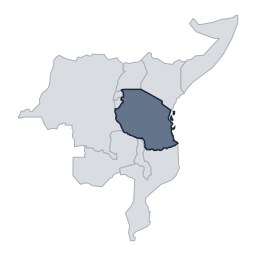 United Republic of Tanzania highlighted among its neighbors
{"feature_id": "TZA", "entity_name": "United Republic of Tanzania", "entity_type": "country or territory", "adm_level": 0, "iso_a3": "TZA", "parent_name": "Africa", "parent_adm1": "", "projection": "mercator", "projection_center": [35.057, -6.356], "detail": "fine", "context": "with_neighbors", "style": "filled", "palette": "slate", "viewbox_px": 256, "rotation_deg": 0, "n_neighbors": 9, "source": "natural_earth", "source_scale": "50m", "svg_char_len": 8560}
<svg xmlns="http://www.w3.org/2000/svg" viewBox="0 0 256 256"><path d="M114.6,102.4L116.0,114.4L115.4,117.4L116.6,120.7L119.8,123.9L122.9,131.1L120.7,130.5L111.6,132.1L109.9,135.8L111.2,138.3L109.5,150.9L115.0,154.2L116.5,153.1L117.0,159.3L112.7,159.3L108.3,153.6L103.9,152.8L102.7,149.8L99.2,151.6L94.7,150.8L92.8,148.2L86.6,147.8L86.3,146.0L81.7,145.5L74.4,146.8L74.7,140.0L72.8,137.8L72.4,134.3L73.2,130.9L72.1,128.7L72.0,125.1L65.1,125.1L65.6,123.1L62.7,123.1L62.4,124.1L58.9,124.3L56.7,129.1L53.5,128.2L47.9,129.5L44.5,124.7L41.5,117.0L24.8,117.0L18.8,118.3L18.1,116.5L19.5,115.9L20.6,112.0L22.6,110.8L24.1,111.4L26.1,109.2L29.1,109.3L29.5,110.9L31.6,111.9L39.7,103.8L39.5,99.1L41.9,93.6L48.2,88.0L48.9,86.2L49.9,82.2L50.3,73.9L53.1,67.4L54.0,60.0L56.2,57.2L59.2,55.3L67.5,59.3L75.8,61.0L78.3,57.1L80.8,57.7L87.1,54.9L89.4,56.1L91.2,55.9L92.0,54.5L94.1,54.1L102.0,54.8L103.9,54.2L107.3,58.9L109.8,59.5L117.1,57.8L118.4,60.2L123.4,64.0L123.1,70.6L125.3,71.3L121.3,74.8L118.0,80.4L117.7,84.9L116.4,87.1L116.3,91.4L114.7,92.9L113.2,99.8L114.6,102.4Z" fill="#d9dde1" stroke="#a8b0b8" stroke-width="1"/><path d="M180.8,88.6L180.7,68.1L187.2,59.8L190.8,59.7L195.9,55.7L203.2,55.5L219.2,38.4L214.4,38.5L196.0,31.7L189.6,23.7L192.9,18.6L194.8,19.7L198.4,24.5L201.2,24.5L212.7,22.3L222.5,19.1L227.5,18.8L233.1,17.4L235.8,15.4L237.9,15.4L237.6,23.3L232.1,38.0L223.7,53.6L218.9,59.9L212.3,67.7L192.9,82.1L186.7,89.0L184.1,93.3L180.8,88.6Z" fill="#d9dde1" stroke="#a8b0b8" stroke-width="1"/><path d="M170.7,110.2L162.6,104.6L162.2,101.3L140.7,89.2L140.7,83.2L147.1,73.0L144.0,63.7L141.3,59.8L148.6,52.6L151.6,53.6L151.6,56.8L153.5,58.6L157.4,58.6L164.6,63.4L172.7,64.4L174.4,62.1L179.5,59.7L181.8,61.6L185.7,61.6L180.7,68.1L180.8,88.6L184.1,93.3L180.2,95.6L178.8,97.9L176.7,98.3L175.9,102.3L174.1,104.6L173.0,108.4L170.7,110.2Z" fill="#d9dde1" stroke="#a8b0b8" stroke-width="1"/><path d="M120.7,130.5L134.3,136.2L137.0,138.7L138.4,143.6L136.3,149.8L137.4,154.6L135.6,156.6L133.9,162.0L136.9,163.5L119.7,168.3L120.2,172.5L116.0,173.3L112.8,175.6L112.1,177.7L110.0,178.1L102.0,186.8L91.9,185.6L88.7,183.3L85.0,183.0L80.4,184.3L72.9,175.8L73.1,157.3L84.9,157.3L84.4,155.3L85.3,153.2L84.3,150.5L84.9,147.7L84.3,145.9L86.3,146.0L86.6,147.8L92.8,148.2L94.7,150.8L99.2,151.6L102.7,149.8L103.9,152.8L108.3,153.6L112.7,159.3L117.0,159.3L116.5,153.1L115.0,154.2L109.5,150.9L111.2,138.3L109.9,135.8L111.6,132.1L113.1,131.4L120.7,130.5Z" fill="#d9dde1" stroke="#a8b0b8" stroke-width="1"/><path d="M134.3,136.2L139.8,137.2L142.9,141.5L144.5,149.3L142.9,153.7L144.5,161.2L146.4,161.1L148.5,163.0L150.8,167.2L151.3,174.8L148.9,176.0L147.1,180.1L143.4,176.4L143.0,172.3L144.2,169.6L143.9,167.2L141.7,165.8L140.1,166.3L133.9,162.0L135.6,156.6L137.4,154.6L136.3,149.8L138.4,143.6L137.0,138.7L134.3,136.2Z" fill="#d9dde1" stroke="#a8b0b8" stroke-width="1"/><path d="M144.5,149.3L148.7,148.8L155.5,150.5L160.9,149.6L162.9,147.9L166.3,147.9L172.5,145.7L177.0,142.4L177.9,145.0L178.6,164.8L179.6,167.7L175.7,176.0L172.1,179.6L160.6,184.7L145.7,197.8L145.3,202.1L147.9,206.7L149.1,212.1L150.1,211.8L149.0,220.6L150.4,221.7L149.5,224.3L147.2,226.5L135.7,231.9L133.2,234.2L133.7,236.9L135.2,237.3L134.7,240.6L130.4,240.6L128.6,232.7L129.6,225.8L125.4,212.8L131.4,205.9L133.7,201.0L134.8,179.6L131.8,177.7L129.2,177.2L125.3,174.5L120.6,174.7L119.7,168.3L136.9,163.5L140.1,166.3L141.7,165.8L143.9,167.2L144.2,169.6L143.0,172.3L143.4,176.4L147.1,180.1L148.9,176.0L151.3,174.8L150.8,167.2L148.5,163.0L146.4,161.1L144.5,161.2L142.9,153.7L144.5,149.3Z" fill="#d9dde1" stroke="#a8b0b8" stroke-width="1"/><path d="M121.4,97.4L122.9,102.8L117.3,109.0L115.0,109.2L114.6,102.4L113.2,99.8L116.6,100.3L118.4,97.1L121.4,97.4Z" fill="#d9dde1" stroke="#a8b0b8" stroke-width="1"/><path d="M140.7,89.2L123.0,89.5L117.7,91.9L116.3,91.4L116.4,87.1L117.7,84.9L118.0,80.4L121.3,74.8L125.3,71.3L123.1,70.6L123.4,64.0L125.7,62.4L129.3,63.7L133.9,62.3L137.8,62.4L141.3,59.8L144.0,63.7L147.1,73.0L140.7,83.2L140.7,89.2Z" fill="#d9dde1" stroke="#a8b0b8" stroke-width="1"/><path d="M121.1,90.2L123.3,93.4L123.0,96.7L121.4,97.4L118.4,97.1L116.6,100.3L113.2,99.8L114.7,92.9L116.3,91.4L117.7,91.9L121.1,90.2Z" fill="#d9dde1" stroke="#a8b0b8" stroke-width="1"/><path d="M135.2,137.2L134.9,137.0L134.3,136.7L133.4,136.4L132.7,136.0L132.4,135.7L131.8,135.6L131.2,135.5L130.7,135.3L130.2,135.2L129.7,135.1L129.6,134.9L129.5,134.5L129.4,134.4L129.0,134.3L128.6,134.3L128.3,134.3L128.2,134.3L127.8,134.0L127.5,133.7L127.4,133.2L126.9,132.9L126.3,132.6L124.8,132.6L124.5,132.5L124.2,132.3L123.7,131.8L123.4,131.3L123.1,130.6L122.9,130.2L122.8,129.7L122.4,129.0L121.9,127.9L121.4,127.0L121.0,126.0L120.8,125.4L120.5,124.6L119.9,123.6L119.6,123.3L119.3,122.9L118.5,122.3L117.6,121.7L117.1,121.2L116.4,120.0L116.1,119.5L115.9,118.7L115.8,117.9L115.8,117.5L116.4,116.5L116.5,116.2L116.4,115.8L116.1,114.9L115.9,114.3L115.7,113.9L115.4,113.1L115.0,112.0L114.9,111.5L114.9,111.1L115.1,110.2L115.3,109.2L115.3,108.9L117.1,109.0L117.4,108.8L118.4,108.1L119.5,106.9L119.8,106.4L120.2,105.6L120.7,105.2L120.8,104.9L121.0,104.4L121.1,104.1L121.7,103.5L122.3,103.1L122.2,102.9L122.2,102.7L122.5,102.5L123.2,102.3L123.3,101.9L123.3,101.4L123.2,101.1L123.2,100.8L123.1,100.7L122.7,100.6L122.1,100.4L121.6,100.3L121.3,100.1L121.1,100.0L121.1,99.7L121.2,99.4L121.4,99.0L121.2,98.8L121.1,98.7L121.7,97.5L121.8,97.3L122.0,97.3L122.4,97.2L122.7,97.1L123.0,97.2L123.4,97.0L123.5,96.6L123.6,95.9L123.6,95.3L123.3,94.9L123.3,94.2L123.4,93.4L123.3,92.6L123.0,92.0L122.7,91.7L122.3,91.5L121.6,90.6L121.4,90.2L121.4,89.9L121.6,89.8L122.1,89.8L122.5,89.7L122.9,89.5L123.3,89.4L123.5,89.4L124.1,89.4L125.1,89.4L126.1,89.4L127.1,89.4L128.1,89.4L129.1,89.4L130.1,89.4L131.1,89.4L132.1,89.4L133.1,89.4L134.1,89.4L135.1,89.4L136.1,89.4L137.1,89.4L138.1,89.4L139.1,89.4L140.1,89.4L140.7,89.4L141.2,89.4L141.6,89.7L142.0,89.9L143.2,90.6L144.4,91.3L145.6,91.9L146.9,92.6L148.1,93.3L149.3,93.9L150.5,94.6L151.7,95.3L152.9,96.0L154.1,96.6L155.3,97.3L156.5,98.0L157.7,98.7L158.9,99.3L160.1,100.0L161.3,100.7L161.9,101.0L162.0,101.1L162.1,101.7L162.1,102.1L162.1,102.5L161.8,103.0L161.7,103.3L161.7,103.6L161.8,103.6L162.0,103.7L162.3,103.8L162.5,104.3L162.7,104.6L163.2,104.9L164.1,105.5L165.0,106.2L165.9,106.8L166.7,107.4L167.6,108.0L168.5,108.7L169.3,109.3L170.2,109.9L170.6,110.2L170.8,110.3L170.7,110.8L170.2,112.0L170.2,112.4L170.0,113.0L169.9,113.4L169.4,115.0L169.0,115.6L168.5,117.0L168.4,118.1L168.7,118.9L168.8,119.6L169.4,120.3L169.9,120.6L170.2,120.9L170.8,121.6L171.2,122.4L172.2,122.7L172.6,123.6L172.5,124.1L172.0,124.6L171.5,125.4L171.2,126.4L171.2,127.9L171.4,127.7L172.0,128.1L172.0,129.2L171.5,130.5L171.3,131.1L171.3,131.7L171.7,133.2L172.3,134.0L172.2,134.3L172.1,134.5L173.2,135.9L173.1,137.2L173.5,138.1L173.6,139.0L173.9,139.6L174.0,140.1L173.6,140.6L174.4,140.7L174.9,141.1L175.1,141.5L175.7,141.5L176.0,141.7L176.4,141.9L177.4,142.6L177.6,142.9L177.7,143.1L177.8,143.2L177.1,143.7L176.1,144.5L175.1,145.3L174.1,145.8L173.5,146.0L172.7,146.2L172.0,146.5L171.4,147.0L170.5,147.3L169.5,147.3L168.4,147.6L167.3,148.3L166.7,148.7L165.7,148.1L164.9,147.9L164.0,147.9L163.4,148.0L163.2,148.1L163.1,148.5L162.9,149.1L162.3,149.6L161.3,150.2L160.3,150.4L159.5,150.3L158.9,150.0L158.6,149.7L158.1,149.6L157.5,149.6L156.9,149.8L156.4,150.2L155.5,150.4L154.3,150.4L153.7,150.2L153.6,149.8L153.1,149.4L152.1,148.9L151.4,148.9L150.9,149.4L150.5,149.7L150.1,149.8L149.8,149.8L149.5,149.7L149.3,149.7L148.0,149.6L146.7,149.6L146.7,149.4L146.6,149.0L146.3,148.6L146.1,148.3L145.8,148.3L145.7,148.3L145.5,148.1L145.4,147.7L145.2,147.3L144.9,147.0L144.7,146.8L144.7,146.5L144.7,146.2L145.0,145.6L145.1,145.1L145.0,144.6L144.9,144.1L144.6,143.6L144.6,143.4L144.5,143.0L144.5,142.7L144.6,142.4L144.5,141.9L144.3,141.0L144.3,140.7L144.0,140.3L143.1,139.2L141.8,137.9L141.3,137.7L141.1,137.9L141.0,138.1L141.1,138.4L141.0,138.6L140.7,138.7L140.0,138.3L139.6,138.3L138.6,138.3L138.3,138.4L138.0,138.3L137.5,137.8L136.9,137.7L136.4,137.7L135.5,137.1L135.3,137.1L135.2,137.2ZM172.3,118.7L172.8,119.9L172.7,120.2L172.4,120.3L172.1,120.1L171.9,119.7L171.7,119.8L171.3,119.3L170.9,119.3L170.6,118.7L170.7,118.2L170.6,117.3L171.0,116.9L171.3,116.2L171.6,116.7L171.6,117.5L172.0,118.4L172.3,118.7L172.3,118.7ZM174.4,111.5L174.5,111.8L174.4,112.1L174.4,112.9L174.4,113.5L174.0,114.3L173.8,114.6L173.5,114.5L173.3,114.4L173.2,114.2L173.5,112.7L173.3,111.6L173.9,111.8L174.4,111.5ZM173.6,129.0L173.2,129.1L172.9,128.8L173.3,128.6L173.6,128.2L174.3,127.6L174.6,127.2L174.6,127.6L174.2,128.6L173.8,128.6L173.6,129.0Z" fill="#64748b" stroke="#1e293b" stroke-width="1.5"/></svg>